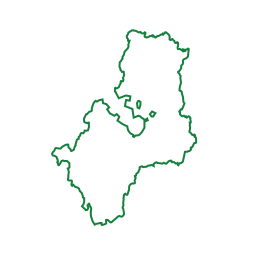 the Region of Moskovskaya, rotated 101°
{"feature_id": "RUS-2364", "entity_name": "Moskovskaya", "entity_type": "Region", "adm_level": 1, "iso_a3": "RUS", "parent_name": "Russia", "parent_adm1": "", "projection": "robinson", "projection_center": [37.527, 55.599], "detail": "fine", "context": "isolated", "style": "outline", "palette": "green", "viewbox_px": 256, "rotation_deg": 101, "n_neighbors": 0, "source": "natural_earth", "source_scale": "10m", "svg_char_len": 5839}
<svg xmlns="http://www.w3.org/2000/svg" viewBox="0 0 256 256"><g transform="rotate(101 128 128)"><path d="M83.7,144.1L83.3,143.9L83.2,143.2L83.3,142.3L83.0,141.8L81.2,141.8L79.9,142.5L76.7,141.8L75.2,142.5L73.7,142.9L73.6,143.2L74.1,144.7L72.8,145.8L72.4,146.5L70.7,147.1L69.8,147.9L69.2,148.1L65.2,148.6L64.7,148.5L63.7,147.6L62.1,147.3L61.2,146.6L60.7,146.6L59.5,147.0L57.1,146.1L53.8,145.9L49.8,143.4L47.8,143.0L46.5,143.6L42.2,143.2L42.6,144.3L42.4,144.6L40.9,144.8L40.0,146.0L38.0,146.8L35.6,145.9L34.2,145.8L31.5,142.8L31.0,141.5L31.3,140.9L31.1,138.9L32.1,135.8L32.0,135.2L31.4,134.4L31.6,133.7L32.2,133.2L32.4,132.5L32.2,130.9L31.6,130.2L30.9,129.7L31.2,129.1L31.8,128.9L33.4,129.3L34.9,129.2L35.5,128.4L35.6,126.9L34.5,124.9L33.7,124.3L33.3,122.7L32.4,122.0L32.2,121.4L32.4,120.9L33.5,120.6L33.1,119.5L33.9,118.4L33.9,118.0L32.1,116.7L31.9,115.7L31.3,114.8L29.8,113.3L29.7,112.5L29.8,111.4L29.5,111.3L28.9,111.9L28.5,111.8L28.5,110.6L28.2,110.2L26.9,109.7L26.8,109.1L28.4,106.1L29.2,105.3L30.8,104.3L32.7,104.3L33.3,103.9L33.5,102.8L32.3,101.7L32.2,101.3L33.2,100.3L33.7,99.1L35.0,98.4L35.4,97.9L35.4,96.9L34.4,96.1L34.8,95.2L37.0,94.6L39.5,94.7L40.6,94.3L41.0,94.0L40.5,92.3L41.3,90.4L41.1,89.9L40.3,89.5L40.2,89.2L40.4,88.6L40.8,88.5L41.9,89.1L42.2,88.9L42.2,88.3L41.5,86.6L40.5,87.2L40.3,87.1L39.7,85.1L38.6,84.2L38.8,83.6L39.3,83.4L46.1,82.8L47.4,83.3L48.4,84.1L49.8,86.2L50.9,86.9L51.6,87.0L52.8,86.6L54.2,86.4L54.9,86.5L56.8,87.7L59.3,87.2L62.5,88.6L63.3,89.5L64.0,89.3L64.9,87.8L65.9,87.4L66.6,86.5L67.1,86.2L68.8,86.2L73.4,84.6L77.4,85.0L81.1,84.7L81.3,84.6L81.7,82.8L82.2,82.2L83.5,81.8L87.2,79.9L92.0,78.5L93.0,77.3L93.3,77.3L99.3,78.5L99.6,78.8L99.5,79.4L99.8,79.9L101.1,80.1L101.8,80.8L102.3,80.7L102.7,79.8L104.4,79.6L104.9,79.2L106.0,77.6L106.1,76.7L105.3,75.6L105.3,74.9L105.5,74.5L106.4,73.8L106.3,73.4L105.8,73.0L106.5,72.5L106.6,72.3L104.9,70.8L105.2,69.7L106.3,68.6L106.7,68.8L110.1,67.5L110.5,67.5L110.9,68.5L112.0,67.9L113.6,67.9L115.1,67.2L117.9,66.9L119.5,67.1L120.1,67.0L120.8,65.6L122.5,63.6L122.2,63.0L122.6,62.5L122.6,62.2L121.9,61.5L122.3,60.8L123.8,61.0L124.1,60.7L124.0,60.1L124.4,59.7L126.3,58.9L129.0,58.4L129.6,58.5L130.1,59.9L130.6,60.3L134.1,61.1L134.6,61.4L134.8,62.1L135.2,62.5L135.8,62.6L136.9,62.1L137.7,62.3L139.0,63.5L139.4,64.6L140.1,65.5L140.2,67.0L140.5,67.5L150.2,67.7L151.1,68.0L152.2,69.1L152.9,70.8L154.9,71.5L154.6,72.0L152.9,72.8L153.6,73.6L153.8,74.4L152.7,76.4L153.2,78.3L152.9,78.7L151.9,79.1L151.8,79.8L152.4,80.7L152.9,81.8L155.2,83.1L155.8,83.8L155.8,84.6L155.3,86.3L156.1,87.0L156.5,87.9L156.5,90.4L156.8,92.2L156.8,92.4L156.2,93.2L156.2,93.5L156.9,94.6L158.4,95.9L159.0,96.0L160.4,95.5L159.8,97.4L159.8,97.9L160.4,98.8L161.1,101.0L162.7,102.8L162.8,103.8L163.5,105.6L163.5,105.9L162.9,107.0L164.1,108.9L164.4,109.1L166.0,108.7L167.9,109.3L169.4,109.4L171.4,111.1L173.1,111.0L173.8,112.1L174.6,111.8L175.7,110.9L178.1,111.5L180.2,110.8L180.9,110.8L181.4,111.8L181.5,113.0L182.5,114.5L184.3,115.5L185.3,115.7L188.0,115.2L193.3,115.8L193.8,116.2L193.8,116.8L193.0,118.2L193.3,118.5L194.7,119.2L195.9,119.0L197.6,119.1L198.8,118.6L202.6,118.4L204.8,117.7L207.1,118.1L207.6,117.9L208.3,117.2L212.4,115.7L213.3,115.5L214.7,115.9L215.8,116.6L216.3,117.2L216.3,117.7L216.0,119.9L216.5,120.6L223.1,125.8L224.0,126.8L223.9,127.4L222.2,130.2L222.2,131.7L222.5,132.0L225.4,131.2L226.2,131.5L226.5,131.8L228.0,134.6L228.2,135.1L227.9,135.6L226.3,135.9L226.6,137.3L228.4,141.4L229.2,142.2L226.2,145.0L221.5,147.6L217.8,148.5L214.0,148.7L213.2,149.2L211.6,150.6L209.8,151.6L209.7,151.8L210.6,152.5L211.6,153.0L213.8,151.8L215.3,152.0L216.4,152.7L216.6,153.7L213.6,158.2L211.3,157.2L209.5,156.9L208.4,157.0L205.1,157.7L205.0,158.5L204.7,159.0L202.8,159.6L200.5,161.1L199.2,163.2L196.9,164.5L196.2,165.7L195.8,168.6L194.1,171.0L194.3,171.3L195.4,171.8L195.2,172.2L194.2,172.8L191.6,172.7L190.5,173.2L190.4,173.9L190.8,176.0L190.7,176.6L190.3,177.1L189.7,177.3L187.7,177.1L186.6,177.5L182.5,177.7L180.3,178.6L179.4,179.4L178.9,179.1L178.2,178.1L177.7,178.0L173.6,178.9L172.1,181.4L172.0,181.9L172.6,184.1L172.4,185.4L172.5,186.1L173.0,186.9L176.4,188.1L177.7,188.8L177.7,189.2L177.3,189.6L176.0,190.0L175.2,190.9L174.6,190.8L174.5,190.5L174.0,190.5L172.0,191.3L171.7,191.8L170.4,192.3L169.9,193.1L169.5,194.3L169.3,196.4L168.8,197.1L167.9,197.6L166.3,197.2L164.6,196.2L161.6,195.3L161.4,194.1L161.3,191.4L160.9,190.1L159.1,189.1L156.2,185.7L156.0,184.4L155.6,183.8L155.7,183.5L158.3,182.7L159.9,180.3L161.3,179.7L161.3,179.1L160.4,177.8L159.5,177.0L156.3,176.7L155.1,176.0L154.2,176.4L149.2,175.9L148.9,175.7L147.9,174.3L146.2,174.7L145.1,173.8L144.6,173.6L143.1,173.5L142.4,173.3L141.7,172.6L141.8,171.1L141.4,170.7L140.2,170.1L138.8,170.0L138.6,168.3L137.9,166.8L134.0,166.5L132.1,167.2L130.5,167.3L130.2,167.4L130.2,168.0L130.9,169.0L131.0,169.5L130.6,171.8L129.9,172.3L127.1,173.0L122.5,171.7L122.2,170.8L120.0,169.6L119.3,168.8L118.5,167.3L118.0,166.9L117.4,166.9L115.4,167.3L110.4,166.6L107.9,165.4L107.5,164.9L107.9,164.0L107.9,163.3L106.1,161.5L105.8,160.4L104.8,158.5L108.4,157.2L108.7,153.7L111.4,150.4L113.6,152.0L117.1,148.6L118.6,143.7L116.5,141.7L118.6,138.7L122.8,139.7L125.3,133.8L126.5,129.0L128.0,128.5L130.5,127.2L132.7,124.9L133.8,121.5L135.3,121.5L135.7,120.4L133.9,119.1L133.4,116.9L132.2,115.3L129.2,113.5L124.6,111.9L118.5,113.1L116.7,110.1L115.1,111.0L117.4,113.3L116.1,114.3L115.5,116.3L114.3,118.2L114.0,120.1L116.7,124.4L108.5,127.3L107.0,135.2L100.9,135.2L100.8,131.5L96.5,131.7L96.5,136.3L100.5,142.7L96.1,146.3L95.2,146.7L94.7,147.8L91.3,148.3L90.9,148.0L91.3,146.8L91.2,146.5L89.9,145.0L89.1,144.6L87.4,144.4L85.4,143.7L83.7,144.1ZM101.8,123.9L106.2,122.5L106.6,120.7L103.3,120.2L100.1,120.7L99.3,122.4L99.7,123.3L101.8,123.9ZM110.3,109.1L112.2,107.2L111.9,105.5L108.2,104.0L107.2,107.5L110.3,109.1Z" fill="none" stroke="#15803d" stroke-width="2"/></g></svg>